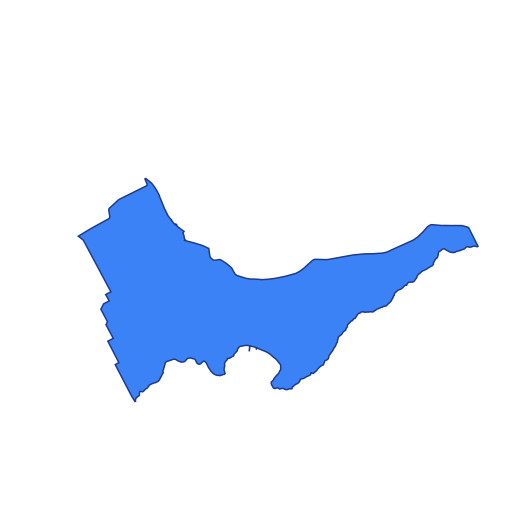 Waverley, New South Wales, Australia (Albers equal-area conic projection), rotated 52°
{"feature_id": "25037944B61039645174942", "entity_name": "Waverley", "entity_type": "district", "adm_level": 2, "iso_a3": "AUS", "parent_name": "Australia", "parent_adm1": "New South Wales", "projection": "albers", "projection_center": [151.276, -33.884], "detail": "fine", "context": "isolated", "style": "filled", "palette": "blue", "viewbox_px": 512, "rotation_deg": 52, "n_neighbors": 0, "source": "geoboundaries", "source_scale": "gbopen_adm2", "svg_char_len": 6117}
<svg xmlns="http://www.w3.org/2000/svg" viewBox="0 0 512 512"><g transform="rotate(52 256 256)"><path d="M296.3,440.3L295.9,440.2L294.9,439.3L294.6,438.7L294.2,438.1L294.0,437.6L294.2,436.7L293.8,436.1L294.0,435.5L294.1,434.8L294.1,434.0L293.9,433.6L292.1,432.1L291.3,431.2L291.5,430.4L292.9,429.3L293.3,428.6L293.3,427.4L292.9,425.5L293.1,422.9L292.8,422.2L292.7,421.0L292.2,420.1L292.2,418.6L292.3,417.9L292.6,416.8L293.0,415.3L294.1,412.6L294.3,411.6L294.5,410.2L294.3,408.8L292.1,403.8L291.4,403.0L291.3,402.3L291.0,401.1L290.9,401.0L289.4,400.2L289.1,399.9L288.4,398.6L287.9,398.1L286.8,396.4L284.3,393.2L284.1,392.6L284.1,391.9L284.5,390.4L285.3,388.2L286.1,385.9L286.6,384.5L287.1,383.8L287.7,383.2L288.3,382.9L290.3,382.2L293.3,380.5L294.3,379.2L295.1,377.8L295.2,376.6L294.6,373.6L294.9,372.2L295.5,371.1L296.6,369.9L298.0,369.0L299.3,367.8L299.7,367.7L300.5,367.7L302.7,368.3L303.9,368.5L304.9,368.3L305.8,367.9L306.4,367.2L306.8,366.4L306.8,365.5L306.6,363.7L306.5,362.5L306.6,362.1L307.0,361.6L308.3,361.1L309.8,361.0L314.2,362.0L316.0,362.2L318.8,362.4L321.4,362.2L323.2,361.8L325.0,360.9L326.1,360.1L326.7,359.4L327.2,358.6L327.9,358.4L328.2,357.9L328.2,356.9L328.8,356.4L328.9,356.1L328.7,355.7L329.7,354.0L329.8,353.4L329.7,352.7L329.4,352.6L325.9,351.2L324.4,349.6L323.5,348.4L321.8,347.3L321.2,346.7L320.6,345.8L320.1,343.7L320.0,342.7L319.3,341.8L319.5,341.0L320.1,340.3L320.2,339.9L320.4,338.8L320.4,338.1L320.6,337.6L320.6,336.3L320.8,335.9L320.9,335.2L320.7,334.7L320.0,334.1L319.8,333.6L319.7,332.1L319.3,330.5L319.3,329.5L318.1,327.8L317.3,325.3L317.3,324.8L317.6,323.8L318.4,322.4L319.9,319.4L320.9,318.1L322.9,316.2L326.4,319.6L326.5,319.5L323.3,316.3L323.7,315.8L323.6,315.7L326.8,313.2L328.6,312.0L329.3,313.0L329.5,312.9L328.7,312.0L333.2,309.6L336.4,307.7L338.7,306.5L342.2,305.3L346.8,304.5L348.8,303.9L351.3,303.6L354.1,303.7L356.3,303.6L357.1,303.7L360.5,306.3L360.7,306.5L361.3,308.4L362.3,309.9L363.0,314.7L363.4,316.0L363.5,316.9L363.6,317.2L364.3,318.3L364.7,320.5L364.7,321.4L365.0,321.9L366.3,322.7L367.2,323.0L368.0,323.2L368.9,323.0L369.9,323.5L370.9,323.5L371.6,323.1L372.0,322.7L372.4,322.1L372.7,320.9L373.2,320.1L373.7,319.8L375.4,319.3L375.6,318.8L375.9,317.8L376.5,317.2L376.7,316.6L377.2,315.9L377.5,315.8L378.1,315.7L378.5,315.6L379.9,314.4L380.4,313.8L380.7,313.1L381.0,311.7L381.5,311.0L382.3,310.2L382.7,309.5L382.7,309.2L382.1,308.9L381.9,308.5L381.5,305.4L381.6,303.8L382.1,301.5L382.0,300.0L381.6,298.9L380.9,297.5L380.5,296.5L380.7,295.8L381.4,294.9L381.6,294.3L382.1,292.3L382.1,290.6L382.7,288.8L383.1,286.8L383.1,286.3L382.7,285.3L381.9,284.9L382.1,284.2L382.5,284.1L383.5,283.5L383.8,283.0L383.7,279.0L383.0,276.7L382.7,274.0L382.7,272.7L382.9,270.9L383.3,269.9L381.3,266.8L381.1,265.9L381.6,263.6L381.4,262.3L381.2,261.8L380.7,261.1L379.8,260.3L379.5,259.9L377.9,254.3L376.6,251.2L376.0,249.1L374.2,245.8L374.1,245.1L372.9,243.9L370.9,241.3L370.6,240.8L370.4,240.1L370.4,239.1L370.6,238.7L370.5,236.8L370.2,235.8L369.6,234.3L369.5,233.0L369.6,230.9L368.5,229.5L368.2,228.0L366.8,226.3L366.4,225.5L366.3,224.8L366.3,223.6L365.9,221.5L366.0,220.3L366.3,219.8L365.8,218.4L365.8,217.3L366.1,216.6L366.1,216.0L365.9,215.6L365.6,214.5L364.6,212.0L364.4,210.7L364.9,209.4L365.0,209.0L364.8,207.9L365.1,207.3L365.9,205.7L366.1,205.7L366.9,205.3L368.2,203.6L368.5,202.9L369.4,202.0L369.7,201.2L371.1,199.3L371.8,198.8L372.1,198.2L372.1,197.8L371.9,197.3L372.2,197.0L372.1,196.5L372.3,195.8L372.3,194.1L372.4,193.0L373.0,191.8L372.9,191.0L373.4,190.0L373.7,188.6L374.1,188.1L374.2,187.5L374.1,186.6L374.6,186.0L375.0,184.9L375.3,184.6L375.4,183.9L375.4,183.2L375.1,181.5L375.1,179.8L374.7,177.2L373.7,175.1L373.0,173.3L372.3,172.5L372.1,171.4L371.1,170.3L370.7,169.6L370.6,168.8L370.6,167.6L370.3,165.4L370.5,164.5L371.1,163.0L371.4,161.4L371.3,159.7L370.9,157.3L370.9,156.7L371.0,156.3L371.7,155.5L371.6,154.8L371.1,154.1L370.9,153.3L370.7,152.8L370.7,152.1L370.9,151.5L371.3,150.8L372.9,148.8L373.1,148.3L373.3,147.5L373.2,146.7L372.1,142.9L370.8,140.9L370.6,140.1L370.5,139.0L370.5,136.9L370.3,135.1L370.4,133.8L371.4,129.5L371.5,127.2L371.7,125.8L371.8,124.2L372.2,123.3L372.2,123.0L371.7,121.2L370.8,120.7L370.4,120.2L370.1,118.9L369.0,116.7L368.8,115.9L369.0,114.7L368.8,113.8L367.7,112.5L367.2,111.5L366.2,110.7L365.7,110.1L365.4,109.5L365.2,108.8L365.6,107.5L365.4,106.1L365.4,105.2L365.8,103.7L366.1,103.3L369.7,101.9L372.3,100.7L374.1,99.2L375.0,98.1L375.6,96.8L375.8,95.4L376.2,94.2L377.4,91.8L377.7,90.2L378.7,87.7L378.7,86.9L378.4,85.1L378.5,84.3L379.1,83.4L380.2,82.6L380.8,82.0L381.6,80.4L382.1,78.7L383.2,77.2L384.7,76.2L385.1,75.5L385.1,75.1L364.6,71.0L363.0,71.8L362.3,72.4L358.9,74.9L354.5,80.4L353.7,81.5L346.0,91.2L339.5,98.2L338.9,99.3L338.5,102.7L339.8,109.5L340.6,116.6L340.3,122.2L334.7,145.2L333.7,149.9L331.8,154.2L326.2,162.5L322.8,167.0L320.2,170.6L315.0,178.8L309.5,189.2L303.6,200.5L302.2,202.8L295.7,210.6L294.6,212.2L294.2,214.1L295.1,225.8L295.0,230.9L294.2,235.3L290.2,245.1L285.4,254.7L283.6,257.7L282.1,260.2L278.8,265.2L277.7,266.6L277.0,267.2L272.8,271.9L271.0,274.3L267.6,277.5L260.0,282.8L258.4,283.4L257.3,283.6L254.3,283.2L251.1,282.6L250.0,282.6L243.7,283.9L238.8,285.6L236.8,286.4L236.2,287.1L235.2,289.0L233.9,291.2L232.7,292.2L229.4,292.8L228.5,292.7L226.9,292.0L220.9,288.5L220.3,289.0L217.0,290.5L213.8,292.4L208.9,295.8L199.7,302.7L199.4,301.7L198.0,301.6L195.5,300.2L193.7,299.6L192.8,299.4L192.4,297.6L184.8,299.7L182.7,300.0L182.7,299.3L181.4,299.5L181.6,300.4L178.9,300.8L178.7,300.6L176.0,300.9L175.9,300.3L173.2,300.6L169.4,300.5L168.6,300.4L168.6,300.2L163.7,299.2L163.7,299.3L149.8,295.4L148.9,294.9L142.4,293.7L141.6,293.8L139.9,293.5L135.3,293.4L133.6,293.6L127.1,295.1L126.9,296.1L133.0,297.8L133.3,299.0L127.4,327.5L127.1,329.7L127.2,331.7L128.1,342.4L128.9,343.6L135.2,347.1L135.8,347.8L135.9,348.6L135.9,349.6L132.7,369.4L131.0,383.8L136.9,382.4L137.7,382.4L194.9,392.4L193.8,398.2L201.0,399.3L199.9,405.6L202.4,411.0L216.3,413.5L217.6,416.0L217.7,416.5L233.0,419.2L231.9,425.2L255.6,429.7L254.9,433.8L290.5,440.4L296.1,441.0L296.3,440.3Z" fill="#3b82f6" stroke="#1e3a8a" stroke-width="1.5"/></g></svg>